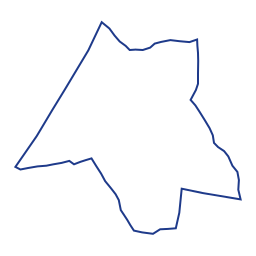 the district of Puxinanã, Paraíba, Brazil
{"feature_id": "56859067B54792005713933", "entity_name": "Puxinanã", "entity_type": "district", "adm_level": 2, "iso_a3": "BRA", "parent_name": "Brazil", "parent_adm1": "Paraíba", "projection": "natural_earth1", "projection_center": [-35.958, -7.148], "detail": "fine", "context": "isolated", "style": "outline", "palette": "blue", "viewbox_px": 256, "rotation_deg": 0, "n_neighbors": 0, "source": "geoboundaries", "source_scale": "gbopen_adm2", "svg_char_len": 949}
<svg xmlns="http://www.w3.org/2000/svg" viewBox="0 0 256 256"><path d="M240.6,199.4L238.3,189.7L238.9,180.1L237.4,171.9L232.4,165.7L228.3,156.4L224.1,151.1L218.1,147.1L214.0,142.9L212.8,135.3L209.6,128.2L204.8,120.2L199.5,111.7L195.4,105.4L190.6,99.9L195.9,90.0L198.0,83.8L198.0,73.5L198.2,61.0L198.0,52.9L197.4,45.9L197.1,39.5L189.5,42.1L179.5,41.2L170.4,40.1L161.2,41.9L154.7,43.6L150.2,47.6L142.8,50.0L135.5,49.6L129.7,50.0L125.7,45.9L119.7,41.5L114.6,35.6L109.4,28.5L101.7,22.2L88.3,50.4L64.8,89.6L52.3,110.0L40.9,129.1L36.7,136.1L15.4,166.9L20.4,169.5L28.1,168.0L37.5,166.4L46.4,165.7L53.4,164.3L61.6,162.9L69.3,160.9L74.0,164.3L80.5,161.8L85.8,160.1L91.5,158.4L96.2,166.0L101.1,173.6L105.2,181.2L111.1,188.4L115.6,194.2L118.8,200.1L120.8,210.1L127.2,219.8L130.3,225.1L133.9,230.6L142.2,232.4L153.0,233.8L160.1,229.3L168.1,228.9L175.8,228.3L179.3,212.8L181.7,188.7L203.0,193.1L240.6,199.4Z" fill="none" stroke="#1e3a8a" stroke-width="2"/></svg>